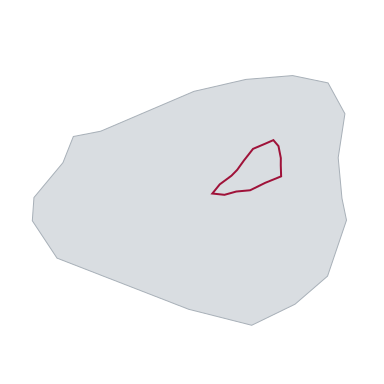 Andorra, with Andorra la Vella highlighted, rotated 186°
{"feature_id": "AND-4876", "entity_name": "Andorra la Vella", "entity_type": "state/province", "adm_level": 1, "iso_a3": "AND", "parent_name": "Andorra", "parent_adm1": "", "projection": "natural_earth1", "projection_center": [1.52, 42.514], "detail": "fine", "context": "in_parent", "style": "outline", "palette": "rose", "viewbox_px": 384, "rotation_deg": 186, "n_neighbors": 0, "source": "natural_earth", "source_scale": "10m", "svg_char_len": 650}
<svg xmlns="http://www.w3.org/2000/svg" viewBox="0 0 384 384"><g transform="rotate(186 192 192)"><path d="M315.8,234.8L289.2,242.9L200.6,292.3L150.2,309.6L104.1,318.3L68.1,314.7L48.1,285.8L50.2,241.4L42.2,201.4L35.4,180.1L48.4,122.5L77.8,91.2L118.7,65.7L183.0,75.0L319.3,112.1L347.8,146.7L348.6,170.0L323.4,207.7L315.8,234.8Z" fill="#d9dde1" stroke="#a8b0b8" stroke-width="1"/><path d="M171.6,192.6L165.2,202.5L154.4,212.4L149.4,218.7L143.7,228.7L135.8,241.3L124.4,247.6L116.5,252.1L110.8,246.7L107.2,235.0L106.5,227.8L105.0,216.9L120.1,208.8L134.4,199.8L148.0,197.1L159.4,192.6L171.6,192.6Z" fill="none" stroke="#9f1239" stroke-width="2"/></g></svg>